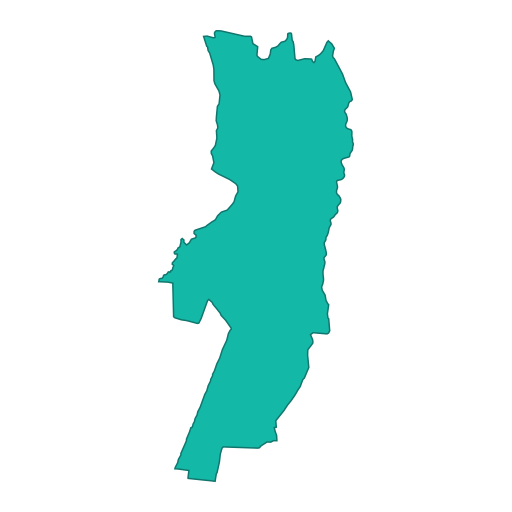 La Democracia, Escuintla, Guatemala
{"feature_id": "79465075B56611035242385", "entity_name": "La Democracia", "entity_type": "district", "adm_level": 2, "iso_a3": "GTM", "parent_name": "Guatemala", "parent_adm1": "Escuintla", "projection": "albers", "projection_center": [-90.943, 14.121], "detail": "fine", "context": "isolated", "style": "filled", "palette": "teal", "viewbox_px": 512, "rotation_deg": 0, "n_neighbors": 0, "source": "geoboundaries", "source_scale": "gbopen_adm2", "svg_char_len": 5746}
<svg xmlns="http://www.w3.org/2000/svg" viewBox="0 0 512 512"><path d="M328.3,40.8L326.9,42.4L323.3,50.6L320.7,53.7L319.5,54.7L318.3,55.5L317.3,56.1L315.8,56.9L315.0,61.4L313.9,62.6L312.4,61.3L311.7,59.2L311.0,59.0L304.8,58.7L297.7,60.5L295.9,59.8L295.0,58.6L293.8,45.0L293.1,41.6L292.2,40.3L291.5,33.9L291.1,33.2L290.2,33.0L288.9,33.2L287.9,33.6L287.7,34.5L287.6,37.4L287.1,38.7L286.1,40.1L285.4,40.8L284.8,41.3L282.1,42.0L281.3,42.2L280.4,43.1L279.1,44.5L278.0,45.9L275.6,47.3L271.9,48.3L270.8,49.9L270.2,54.2L268.4,58.4L264.3,59.6L261.2,59.4L257.6,56.5L256.9,55.3L257.7,46.7L252.9,43.6L251.5,36.9L250.5,36.3L244.7,36.3L223.2,31.4L220.9,30.9L218.5,30.8L216.8,30.7L215.5,31.2L215.1,31.8L214.5,32.9L214.6,34.6L215.0,36.1L215.1,37.3L214.3,37.7L213.1,37.7L207.1,36.1L203.6,36.4L206.7,46.2L207.6,47.0L208.1,50.5L209.7,53.1L213.3,65.3L213.9,69.5L214.0,80.8L214.9,83.8L218.9,90.9L220.0,94.9L219.1,103.8L217.4,106.4L216.4,116.9L216.2,120.8L217.5,124.9L217.8,128.0L216.4,130.7L216.9,138.0L215.4,145.3L214.2,147.3L211.2,151.1L211.3,153.5L212.6,155.9L213.9,162.7L211.5,169.0L215.1,171.8L218.1,173.8L219.2,174.4L220.5,175.0L221.3,175.4L228.2,178.8L229.5,179.4L235.7,183.6L237.6,186.0L238.0,191.8L235.6,196.1L234.1,201.7L232.6,203.9L227.2,210.1L221.4,212.1L217.6,215.8L216.8,217.2L215.8,219.1L214.7,220.3L212.2,221.7L206.9,225.5L205.6,226.7L195.1,230.2L194.1,231.3L194.1,233.5L196.1,235.3L196.1,236.9L195.4,237.9L191.4,239.2L189.4,242.7L186.6,245.0L183.9,242.3L183.9,240.0L182.2,238.5L181.0,239.5L181.0,242.2L180.2,245.3L180.0,246.5L179.4,247.2L178.5,247.6L177.9,248.2L177.6,249.1L176.7,250.2L175.9,250.9L175.2,251.3L174.3,251.9L174.3,253.1L174.8,253.9L175.9,254.1L177.0,253.9L177.5,254.7L177.2,255.7L177.1,257.0L176.9,258.0L175.6,259.0L175.1,259.7L174.3,260.7L173.3,261.8L172.4,262.8L172.2,264.2L173.1,264.9L173.7,265.5L173.4,266.6L172.9,267.5L172.6,268.8L172.4,269.6L171.9,270.3L170.9,270.6L170.6,271.7L169.8,272.3L169.1,271.8L168.2,272.0L167.8,272.7L167.2,273.6L166.4,274.4L165.5,274.7L164.5,274.8L163.6,275.3L163.4,276.3L162.9,277.4L162.2,278.2L161.5,278.4L160.4,278.5L159.3,279.0L159.0,280.1L159.0,280.8L158.7,281.7L167.8,282.1L172.8,283.1L173.6,316.7L174.9,317.8L181.4,319.8L186.8,320.6L197.3,323.4L198.8,323.1L201.1,318.6L207.5,300.8L208.8,299.4L212.2,302.4L213.1,304.4L216.2,308.1L220.1,313.0L221.1,315.4L225.6,320.2L231.2,328.2L231.2,329.3L230.1,330.3L228.4,333.6L226.7,340.4L222.4,349.6L219.7,358.1L216.9,363.7L214.3,371.2L212.6,374.2L212.6,375.8L210.7,379.4L210.6,380.9L208.2,385.7L206.8,390.8L204.8,394.4L200.2,407.1L197.8,411.7L197.0,415.2L195.2,418.3L194.4,421.7L193.2,423.8L192.3,427.1L190.9,427.7L189.4,432.2L186.5,439.0L186.4,440.9L180.9,453.4L180.9,455.0L178.4,459.4L177.7,462.7L175.3,467.3L174.9,468.8L177.5,468.9L181.8,469.5L188.9,470.5L188.0,477.8L188.1,478.4L201.5,479.8L210.4,480.7L215.1,481.3L216.3,473.8L217.1,472.5L219.4,461.9L220.3,454.1L222.0,448.1L223.3,446.9L258.0,448.1L259.5,447.7L261.0,445.9L267.0,442.0L270.8,442.1L273.4,440.7L276.9,440.7L276.6,435.5L275.0,430.9L274.3,427.6L276.3,427.2L275.8,420.7L280.6,414.7L283.9,410.6L287.5,405.1L290.9,400.9L294.0,396.5L295.2,394.7L298.1,389.7L300.2,386.6L302.8,379.6L304.4,378.0L306.7,372.4L308.8,367.5L307.6,355.1L307.8,349.7L311.1,345.5L312.8,343.1L312.9,341.9L312.6,339.6L310.5,334.6L313.2,332.7L327.0,333.9L328.6,333.0L329.7,330.8L328.7,318.8L327.9,317.9L327.4,313.7L328.7,304.8L327.7,303.6L326.0,300.4L325.1,295.1L322.2,290.2L321.6,286.9L322.6,284.4L323.0,282.9L323.2,281.8L323.4,281.0L323.5,280.1L323.5,278.5L323.3,276.9L323.1,275.2L323.0,273.9L323.0,272.6L323.0,271.2L323.2,269.8L323.7,268.5L324.0,266.9L324.3,265.9L324.6,264.6L324.8,263.7L324.9,262.7L324.9,261.7L324.5,260.6L324.1,259.4L323.9,258.3L324.2,257.5L324.7,256.8L325.2,256.3L325.8,255.5L326.3,254.7L326.4,253.8L326.2,252.4L325.5,249.1L324.3,244.7L324.2,243.4L324.3,242.5L324.8,241.7L325.4,240.9L325.9,239.6L325.9,238.2L326.1,237.1L326.6,236.4L327.0,235.8L327.4,235.1L327.7,234.1L328.2,232.6L328.4,231.7L328.7,230.3L329.0,228.7L329.2,227.9L329.9,226.4L330.7,225.1L331.0,224.4L331.0,223.3L330.6,221.7L330.2,220.7L330.5,219.4L331.3,218.6L332.0,218.1L333.0,217.5L333.8,216.8L334.2,216.2L334.9,215.1L335.8,214.1L336.7,213.4L337.2,212.8L337.6,211.9L337.8,211.0L337.7,210.0L337.4,208.8L337.2,207.9L337.3,206.6L337.8,205.9L338.4,205.0L339.2,204.1L339.9,203.4L340.3,202.7L340.6,201.8L340.7,200.8L340.8,199.8L340.7,199.0L340.3,198.1L339.6,196.9L339.0,195.9L337.8,194.8L337.0,193.9L336.5,192.6L336.5,191.5L336.7,189.7L337.2,188.8L337.4,187.9L337.5,186.8L337.4,186.0L337.2,185.1L336.8,183.4L336.6,182.2L336.7,181.1L337.5,180.4L338.2,180.3L339.4,180.0L340.8,179.7L342.1,179.1L342.7,178.6L343.7,177.6L344.4,176.4L344.6,174.9L344.2,174.0L343.9,172.8L343.8,172.1L344.0,171.3L344.3,169.4L344.0,168.1L343.6,167.3L343.0,166.3L342.5,165.5L342.1,164.8L341.8,164.1L341.5,163.4L341.3,162.6L341.1,161.8L341.2,161.0L341.6,159.9L342.4,159.1L343.3,158.7L344.0,158.3L345.3,158.0L346.9,157.5L348.9,157.0L349.6,156.3L349.7,155.5L350.0,153.6L350.6,152.7L351.1,151.9L351.7,151.1L352.2,150.3L352.5,149.2L352.6,147.9L352.8,146.5L353.0,145.7L353.3,144.3L353.0,142.9L352.5,141.9L352.6,139.4L352.3,138.1L352.0,137.1L351.8,135.6L351.9,133.9L351.9,133.0L351.9,131.9L351.7,130.9L351.1,129.9L350.4,129.5L349.6,129.3L348.8,129.1L347.6,128.6L346.7,128.0L346.1,127.3L345.8,126.6L345.6,125.8L345.7,124.2L346.4,122.6L347.0,121.2L347.2,120.4L347.3,119.7L347.3,118.9L347.2,117.8L347.0,116.9L346.5,115.3L346.2,114.4L345.9,113.7L345.0,112.6L344.6,111.5L344.7,110.4L345.1,109.6L345.9,108.7L347.4,107.3L347.9,106.4L348.1,105.5L348.3,104.6L348.9,102.8L349.5,101.8L351.4,100.9L352.3,99.6L350.6,92.0L345.5,82.4L342.5,74.0L334.4,58.8L333.0,57.4L332.6,55.7L333.4,51.0L334.4,48.3L331.7,43.8L329.3,41.8L328.3,40.8Z" fill="#14b8a6" stroke="#0f766e" stroke-width="1.5"/></svg>